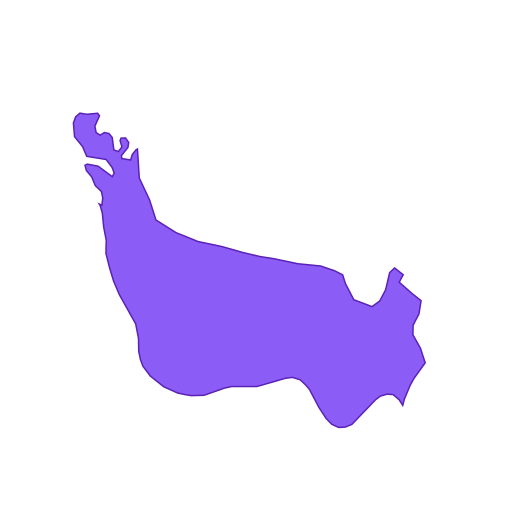 Chonnae, Kangwŏn-do, North Korea, rotated 252°
{"feature_id": "82179303B51352172049621", "entity_name": "Chonnae", "entity_type": "district", "adm_level": 2, "iso_a3": "PRK", "parent_name": "North Korea", "parent_adm1": "Kangwŏn-do", "projection": "robinson", "projection_center": [127.238, 39.287], "detail": "fine", "context": "isolated", "style": "filled", "palette": "violet", "viewbox_px": 512, "rotation_deg": 252, "n_neighbors": 0, "source": "geoboundaries", "source_scale": "gbopen_adm2", "svg_char_len": 1631}
<svg xmlns="http://www.w3.org/2000/svg" viewBox="0 0 512 512"><g transform="rotate(252 256 256)"><path d="M353.8,123.0L351.9,123.4L344.3,123.1L330.7,120.1L317.1,118.4L310.1,115.9L304.8,114.1L290.5,113.1L276.4,112.8L261.5,114.1L228.6,120.6L214.0,118.8L201.5,115.0L193.3,114.1L186.1,114.4L174.5,118.4L160.2,127.8L149.9,139.1L146.1,145.7L143.2,151.3L139.6,163.5L140.1,185.1L139.4,192.4L132.4,214.0L131.6,216.5L130.6,246.2L129.3,253.1L124.7,259.7L118.0,263.4L112.6,265.6L92.3,269.1L79.8,272.5L72.6,276.0L67.4,281.6L65.7,287.9L66.2,295.1L82.3,325.2L84.3,330.8L84.1,338.0L81.8,343.6L75.1,347.7L68.6,349.4L73.8,352.7L85.1,362.4L90.5,368.1L99.5,380.3L102.1,383.9L108.5,383.9L117.5,383.9L132.6,380.9L141.6,384.0L150.6,393.1L162.5,399.2L171.6,393.1L186.8,384.1L192.7,390.2L193.5,389.7L201.8,384.1L198.9,378.0L183.9,368.9L175.0,359.8L172.0,350.7L184.2,335.5L202.3,332.5L211.3,332.6L217.4,326.5L226.5,314.4L235.8,293.2L248.0,272.0L254.1,259.9L263.3,244.7L275.5,226.5L287.7,205.3L302.9,187.2L321.1,172.0L342.1,172.1L366.2,169.1L394.4,176.3L394.1,174.8L390.8,169.7L386.0,166.4L386.5,165.6L390.2,158.4L393.2,159.2L398.8,167.7L403.3,170.0L408.6,168.4L409.8,164.0L407.7,162.4L401.2,162.2L397.9,157.4L400.8,153.6L413.2,155.9L417.9,154.0L420.3,150.0L419.1,145.1L422.8,142.1L429.3,142.9L437.7,150.5L440.7,149.5L441.4,146.3L443.1,138.8L446.3,132.7L444.1,127.5L438.9,123.4L432.8,122.0L425.6,120.3L413.5,124.9L403.1,125.8L394.1,143.3L384.7,146.5L378.7,146.8L375.9,143.8L390.2,133.6L395.5,124.0L395.1,121.4L389.7,121.1L381.9,124.2L372.6,124.9L365.1,128.9L358.6,128.2L351.9,125.1L353.8,123.0Z" fill="#8b5cf6" stroke="#5b21b6" stroke-width="1.5"/></g></svg>